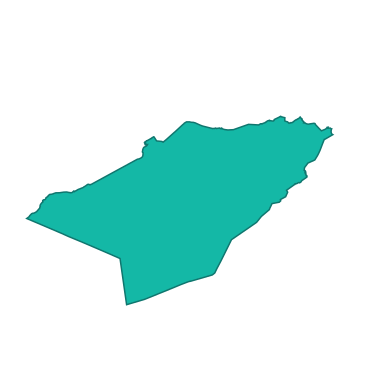 Røros nor, Sør-Trøndelag, Norway, rotated 145°
{"feature_id": "86288312B67430343511851", "entity_name": "Røros nor", "entity_type": "district", "adm_level": 2, "iso_a3": "NOR", "parent_name": "Norway", "parent_adm1": "Sør-Trøndelag", "projection": "equal_earth", "projection_center": [11.42, 62.57], "detail": "fine", "context": "isolated", "style": "filled", "palette": "teal", "viewbox_px": 384, "rotation_deg": 145, "n_neighbors": 0, "source": "geoboundaries", "source_scale": "gbopen_adm2", "svg_char_len": 5290}
<svg xmlns="http://www.w3.org/2000/svg" viewBox="0 0 384 384"><g transform="rotate(145 192 192)"><path d="M222.9,112.4L219.8,112.6L215.7,114.9L207.9,118.9L187.0,130.3L156.5,130.1L149.2,132.2L138.7,133.2L138.0,133.8L133.1,136.6L126.4,133.6L124.4,133.9L123.9,135.1L118.0,134.4L113.7,137.0L113.6,139.2L104.0,139.3L103.6,139.2L103.6,139.4L103.3,139.5L102.7,139.6L102.2,139.3L101.8,138.9L101.2,138.8L101.0,138.7L100.7,138.7L100.2,138.7L99.7,138.6L99.1,138.5L99.0,138.4L98.7,138.1L98.7,137.9L98.4,137.8L97.9,137.7L97.5,137.7L97.1,137.7L95.3,138.4L94.2,138.3L89.6,138.3L89.2,138.4L89.3,138.6L89.2,138.9L89.2,139.0L88.7,139.4L88.8,139.5L89.0,139.6L89.1,139.8L88.6,140.2L88.6,140.3L88.8,140.8L88.7,141.3L88.6,141.8L88.4,141.9L87.9,142.0L87.7,142.5L88.0,142.9L88.3,143.1L88.1,143.3L87.9,143.6L87.7,143.7L87.1,143.8L87.2,144.7L87.7,145.3L85.9,147.4L80.5,149.2L73.0,147.8L68.4,149.8L66.3,150.9L63.2,152.7L57.9,156.3L53.5,159.2L53.2,159.0L43.8,158.2L44.1,158.8L44.1,159.6L44.1,160.1L43.9,160.8L43.4,161.7L42.7,162.6L41.6,163.5L41.4,163.6L41.7,163.9L42.1,165.1L44.2,166.3L44.1,166.6L43.8,166.6L43.3,167.0L44.2,167.5L45.0,167.1L46.0,167.0L46.6,166.9L50.9,167.9L51.4,170.8L52.2,176.5L52.0,177.2L52.0,177.5L52.6,178.3L56.4,180.2L57.6,180.7L58.6,181.6L60.4,184.2L60.5,184.3L60.4,184.3L60.5,184.4L60.6,184.5L60.4,184.7L60.6,184.8L60.6,185.0L60.4,185.2L60.4,185.4L60.3,185.5L60.2,185.7L60.2,185.8L60.5,186.1L60.5,186.3L60.4,186.5L60.4,187.0L60.5,187.2L60.6,187.4L60.5,187.5L60.4,187.7L60.3,187.9L60.4,188.2L60.3,188.4L60.2,188.5L60.4,188.6L60.4,188.8L60.2,189.0L60.1,189.3L60.2,189.5L60.3,189.7L60.4,191.4L62.6,191.0L63.0,191.1L63.5,191.3L63.8,191.3L64.1,191.2L65.1,191.3L65.2,191.5L66.1,191.5L67.0,191.6L67.6,191.5L68.0,191.4L68.3,191.5L68.7,191.4L69.0,191.3L69.6,191.5L69.9,191.4L70.3,191.4L71.0,191.9L71.1,192.1L71.4,192.1L71.7,192.0L72.0,192.2L72.0,192.3L72.2,192.5L73.1,192.6L73.5,194.7L74.3,195.6L75.2,197.1L73.3,199.6L74.8,201.3L75.1,201.8L75.9,202.5L75.9,203.1L76.7,203.3L77.7,203.3L78.1,203.4L83.1,204.2L83.4,203.7L84.2,203.5L84.7,203.6L85.5,204.1L86.9,205.5L87.1,205.5L87.6,205.8L87.4,206.3L87.6,206.4L88.1,206.5L88.3,206.6L88.8,206.7L89.2,206.9L89.8,207.0L90.6,206.8L91.1,207.0L91.5,206.8L91.8,206.8L92.1,207.0L92.6,206.9L93.4,207.2L94.1,207.3L94.3,207.5L94.5,207.5L95.1,207.5L95.6,207.6L95.9,207.8L95.9,208.0L96.6,208.5L98.0,208.7L98.8,208.6L106.9,215.0L122.3,219.3L127.0,222.2L129.5,224.5L130.2,225.4L130.8,226.2L131.0,227.3L131.9,227.1L132.0,227.2L132.0,227.7L132.2,227.8L132.6,228.1L132.7,228.4L132.9,228.5L133.0,228.6L133.0,228.8L133.6,229.0L134.3,229.4L134.5,229.5L135.0,229.7L135.1,229.8L135.3,229.8L135.5,230.1L135.8,230.2L135.9,230.4L135.9,230.6L136.2,231.0L137.4,231.2L137.5,231.3L137.4,231.3L137.7,231.5L138.3,232.0L139.0,232.3L139.1,232.6L140.0,233.6L145.6,240.1L147.0,242.2L149.8,246.9L151.0,248.3L152.7,249.6L153.7,250.8L156.3,252.6L158.8,252.8L159.9,252.5L160.8,252.5L171.8,251.0L172.2,251.0L183.0,249.7L187.1,249.4L187.7,250.7L191.3,253.8L191.7,254.3L191.5,258.7L191.6,259.1L192.0,259.3L192.4,259.3L193.1,259.2L193.4,259.4L193.8,259.4L194.6,259.1L195.0,259.4L195.6,259.5L196.2,259.4L197.4,259.6L197.8,259.6L198.2,259.7L199.1,259.7L199.3,259.8L199.9,260.1L200.9,259.8L201.1,259.8L201.4,259.7L201.6,259.8L201.7,260.0L201.9,260.0L202.0,259.9L201.7,259.8L201.7,259.7L202.3,259.6L202.0,259.3L202.0,259.2L201.9,259.1L201.9,258.9L202.0,258.7L202.1,258.8L202.8,258.8L202.9,258.4L202.6,258.3L202.6,258.1L202.8,258.1L203.0,257.9L202.8,257.8L203.0,257.7L202.9,257.5L202.6,257.4L202.7,257.2L202.6,256.8L202.0,256.7L201.6,256.5L201.4,256.5L201.2,256.4L201.7,256.1L202.7,255.9L203.1,255.8L203.4,255.9L204.2,256.2L204.4,256.1L204.8,256.0L205.8,256.2L206.3,256.0L206.6,255.9L207.3,255.5L207.6,255.2L208.1,254.9L209.0,253.9L209.7,253.3L209.7,252.7L209.6,252.1L210.5,251.1L211.0,250.3L211.7,249.8L212.2,249.4L212.9,249.2L213.6,249.1L214.8,249.2L216.4,249.5L217.5,250.0L218.0,250.2L269.8,256.0L270.3,256.1L270.7,256.3L271.3,256.3L271.5,256.4L271.5,256.6L271.6,256.8L272.2,257.4L272.6,257.9L273.4,258.1L275.8,258.0L277.9,258.2L278.5,258.1L279.3,258.2L279.7,258.4L280.1,258.5L280.5,258.5L280.8,258.7L281.8,258.8L282.6,259.1L284.0,259.4L284.8,259.5L285.9,259.5L287.5,259.8L288.1,259.7L288.3,259.9L288.5,260.1L288.1,260.4L288.2,260.6L289.3,260.5L290.2,260.3L290.8,260.4L291.7,261.0L291.9,261.0L292.3,261.5L292.5,261.6L292.6,261.8L293.7,262.8L293.9,263.1L294.7,263.9L295.3,264.3L296.9,265.3L297.0,265.4L301.2,267.5L301.9,268.0L303.2,268.9L304.0,269.4L304.9,269.7L306.2,270.1L306.6,270.1L308.5,270.8L309.2,271.1L309.4,271.4L309.6,271.5L310.1,271.6L311.9,271.5L312.4,271.1L313.3,271.0L314.1,271.1L314.8,271.1L315.0,271.0L315.2,270.7L315.6,270.4L316.0,270.3L316.7,270.1L317.3,270.3L318.0,270.7L319.1,270.7L319.4,270.4L319.6,270.1L319.6,269.7L319.8,269.4L321.3,269.3L322.3,269.0L323.4,268.6L324.2,268.0L324.5,267.7L324.6,267.2L325.3,266.9L325.9,266.2L330.0,265.2L330.4,265.0L330.6,265.0L331.3,265.1L332.7,265.2L334.0,265.5L334.5,265.9L335.2,266.1L335.9,266.2L336.4,266.1L338.5,265.7L339.2,265.4L339.3,265.2L342.6,265.1L322.8,233.3L318.5,226.1L312.0,215.9L302.4,200.5L289.1,178.8L310.2,137.2L292.2,131.2L261.7,124.2L254.4,122.6L246.4,120.6L246.0,120.4L245.7,120.3L245.3,120.2L244.9,120.0L244.7,120.0L244.6,119.9L244.3,119.8L244.3,119.7L222.9,112.4Z" fill="#14b8a6" stroke="#0f766e" stroke-width="1.5"/></g></svg>